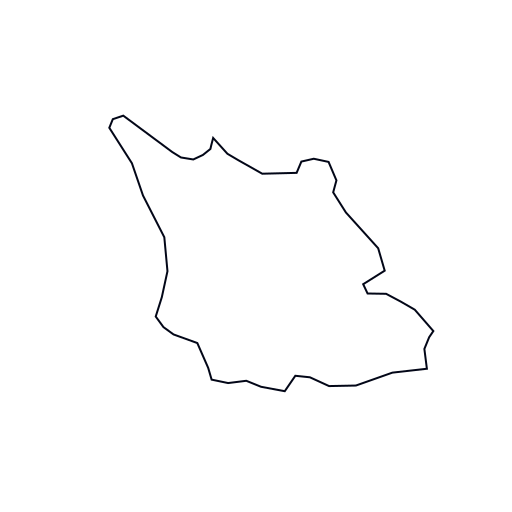 Momo, Nord-Ouest, Cameroon, rotated 319°
{"feature_id": "32672807B23500574999001", "entity_name": "Momo", "entity_type": "district", "adm_level": 2, "iso_a3": "CMR", "parent_name": "Cameroon", "parent_adm1": "Nord-Ouest", "projection": "equal_earth", "projection_center": [9.833, 6.013], "detail": "fine", "context": "isolated", "style": "outline", "palette": "ink", "viewbox_px": 512, "rotation_deg": 319, "n_neighbors": 0, "source": "geoboundaries", "source_scale": "gbopen_adm2", "svg_char_len": 799}
<svg xmlns="http://www.w3.org/2000/svg" viewBox="0 0 512 512"><g transform="rotate(319 256 256)"><path d="M223.2,104.6L210.4,136.2L199.1,181.7L179.2,209.4L157.9,225.3L140.6,235.9L139.5,249.0L142.3,261.1L154.6,283.2L146.5,309.1L141.4,320.2L151.6,333.6L166.8,343.8L174.0,358.0L189.0,376.9L207.1,372.2L217.1,382.9L225.8,402.1L246.4,419.3L282.4,433.5L311.0,453.2L322.1,436.6L333.4,430.9L340.6,429.0L340.6,400.7L335.3,385.3L329.4,369.9L315.6,357.5L318.4,347.6L343.5,351.5L353.3,330.3L353.2,325.3L352.4,282.1L356.0,258.6L366.3,251.7L372.5,232.6L363.4,220.5L352.2,214.5L341.2,219.9L314.7,198.0L305.5,172.1L301.5,160.1L301.1,138.8L294.7,143.2L291.8,145.3L282.2,144.9L272.0,142.0L264.0,132.4L261.0,122.6L247.9,63.0L237.7,58.8L229.4,63.0L223.2,104.6Z" fill="none" stroke="#020617" stroke-width="2"/></g></svg>